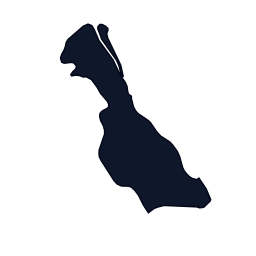 an SVG outline of Tiền Giang, rotated 234°
{"feature_id": "VNM-4834", "entity_name": "Tiền Giang", "entity_type": "Province", "adm_level": 1, "iso_a3": "VNM", "parent_name": "Vietnam", "parent_adm1": "", "projection": "albers", "projection_center": [106.405, 10.409], "detail": "fine", "context": "isolated", "style": "filled", "palette": "ink", "viewbox_px": 256, "rotation_deg": 234, "n_neighbors": 0, "source": "natural_earth", "source_scale": "10m", "svg_char_len": 1413}
<svg xmlns="http://www.w3.org/2000/svg" viewBox="0 0 256 256"><g transform="rotate(234 128 128)"><path d="M195.7,121.7L199.0,119.6L201.6,116.6L203.3,113.1L204.8,113.1L205.9,116.3L206.4,120.0L208.1,122.7L212.5,122.5L214.4,120.7L218.0,114.4L220.3,113.1L224.2,114.5L226.6,117.8L228.4,121.8L230.5,125.0L233.5,128.3L234.9,131.7L236.6,151.6L235.5,156.7L232.1,158.9L227.6,158.5L215.8,155.8L191.8,155.9L175.2,152.7L166.6,152.6L162.2,151.6L158.6,149.6L155.3,148.2L151.8,149.4L149.6,147.9L142.0,144.9L139.1,144.4L136.4,144.3L133.7,144.6L122.3,148.7L119.4,149.3L107.8,149.0L102.2,149.7L91.8,153.7L87.5,154.1L80.3,154.1L74.8,153.0L63.8,148.9L60.3,148.3L56.7,148.4L53.1,148.9L49.8,150.1L45.9,153.1L45.7,155.9L32.7,155.4L21.6,152.8L20.7,151.7L19.4,143.0L20.2,141.0L21.5,138.9L23.7,137.4L44.3,111.5L46.4,106.1L47.6,102.1L47.5,94.7L56.5,95.2L67.5,97.0L73.8,96.9L78.4,95.9L80.8,94.1L84.9,88.7L89.1,86.3L93.8,85.8L117.5,87.2L121.4,87.9L124.4,89.5L127.3,92.0L136.8,105.5L139.9,107.7L143.9,109.3L150.2,110.3L153.8,111.8L156.0,113.6L156.7,115.9L156.8,118.0L156.1,122.7L156.5,124.8L158.6,126.4L161.8,127.0L172.3,126.2L179.0,127.0L188.7,126.9L193.9,124.5L195.7,121.7ZM220.4,160.5L225.5,161.7L227.5,163.0L228.3,166.1L226.8,168.0L223.6,169.6L220.4,170.2L218.9,169.2L217.0,166.3L212.6,164.4L183.0,159.0L172.1,154.2L175.6,153.9L183.3,157.2L189.4,158.6L215.5,158.9L220.4,160.5Z" fill="#0f172a" stroke="#020617" stroke-width="1.5"/></g></svg>